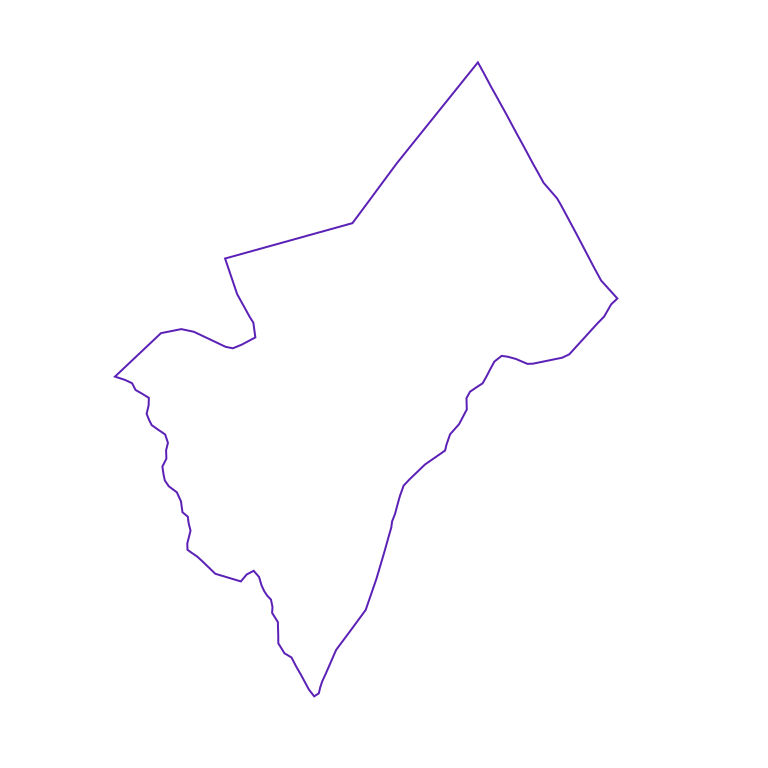 the district of Palhano, Ceará, Brazil, rotated 249°
{"feature_id": "56859067B4489324695943", "entity_name": "Palhano", "entity_type": "district", "adm_level": 2, "iso_a3": "BRA", "parent_name": "Brazil", "parent_adm1": "Ceará", "projection": "mercator", "projection_center": [-38.049, -4.715], "detail": "fine", "context": "isolated", "style": "outline", "palette": "violet", "viewbox_px": 768, "rotation_deg": 249, "n_neighbors": 0, "source": "geoboundaries", "source_scale": "gbopen_adm2", "svg_char_len": 1690}
<svg xmlns="http://www.w3.org/2000/svg" viewBox="0 0 768 768"><g transform="rotate(249 384 384)"><path d="M487.3,135.5L480.7,143.6L475.0,149.1L467.5,149.9L461.6,154.7L455.3,159.5L448.4,156.6L441.2,151.7L434.9,151.8L428.8,152.4L421.8,157.1L415.3,161.6L406.5,161.2L400.2,156.8L392.3,154.1L386.3,147.5L378.2,145.7L372.5,144.8L365.7,146.4L357.1,151.8L347.2,152.4L336.5,149.9L330.4,153.3L324.5,151.8L316.4,150.8L305.6,143.2L299.7,141.1L294.8,144.3L290.1,147.6L284.4,150.5L267.3,158.5L251.0,179.6L255.4,187.6L256.3,195.4L248.6,198.2L240.0,197.5L233.7,197.9L228.3,199.1L223.2,201.2L215.8,200.0L210.4,197.5L199.8,199.6L187.0,195.1L179.8,192.4L168.2,194.6L161.9,199.6L151.5,200.8L142.0,202.3L125.6,204.4L117.4,206.9L118.6,212.3L123.3,215.5L128.5,219.7L133.8,225.2L152.9,244.0L166.2,265.0L179.6,285.9L204.7,307.0L227.4,324.4L240.2,333.9L247.3,339.3L252.8,342.3L258.7,347.7L265.9,352.9L273.6,358.6L282.1,365.9L285.9,373.8L294.2,393.5L300.0,417.2L305.0,420.6L313.4,427.7L319.6,439.7L330.6,452.2L341.2,455.9L346.0,461.6L347.7,468.8L349.3,476.3L353.7,481.7L360.3,489.1L365.4,495.1L368.1,503.9L365.3,509.0L360.3,515.9L351.4,525.1L349.6,530.3L344.7,559.7L345.3,567.6L364.2,605.2L368.1,613.7L377.0,624.7L380.2,632.5L402.7,623.8L416.8,621.9L454.7,617.5L480.9,614.2L487.9,613.3L495.3,612.1L514.6,605.1L529.1,603.1L537.1,601.9L548.7,600.5L561.6,598.8L570.3,597.6L581.3,596.2L591.1,595.0L601.0,593.6L612.6,592.0L622.9,590.5L639.9,588.4L650.6,586.9L585.5,475.1L581.3,468.5L565.3,443.4L556.5,429.6L545.5,412.2L558.1,280.6L520.5,279.1L494.6,282.7L488.1,284.0L473.6,280.6L471.7,265.0L471.5,255.7L475.5,249.4L500.9,225.2L507.9,214.4L511.4,194.0L487.3,135.5Z" fill="none" stroke="#5b21b6" stroke-width="2"/></g></svg>